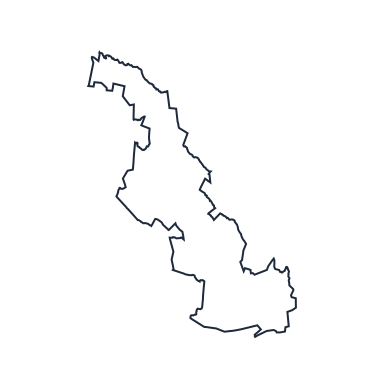 the district of Kesses, Rift Valley, Kenya, rotated 348°
{"feature_id": "3690345B57454670869281", "entity_name": "Kesses", "entity_type": "district", "adm_level": 2, "iso_a3": "KEN", "parent_name": "Kenya", "parent_adm1": "Rift Valley", "projection": "natural_earth1", "projection_center": [35.384, 0.259], "detail": "fine", "context": "isolated", "style": "outline", "palette": "slate", "viewbox_px": 384, "rotation_deg": 348, "n_neighbors": 0, "source": "geoboundaries", "source_scale": "gbopen_adm2", "svg_char_len": 6040}
<svg xmlns="http://www.w3.org/2000/svg" viewBox="0 0 384 384"><g transform="rotate(348 192 192)"><path d="M130.5,36.2L130.2,36.7L130.5,37.5L127.7,44.4L124.0,40.0L122.3,39.1L121.8,40.0L122.4,45.1L113.5,65.5L112.6,66.8L117.7,68.4L119.4,64.3L125.9,66.4L127.2,68.0L130.2,72.5L129.7,74.8L135.0,76.4L136.2,73.7L137.7,69.6L148.0,74.5L144.2,83.9L149.1,94.2L153.3,94.3L149.9,108.9L150.1,109.3L151.4,109.1L152.5,109.5L153.9,110.5L154.4,110.1L155.1,110.3L155.4,110.7L156.1,110.7L156.7,110.5L157.5,109.5L158.0,109.2L161.0,108.2L161.4,108.4L158.4,113.2L156.3,116.2L159.5,118.4L163.7,121.1L162.1,126.6L161.1,130.4L160.7,136.0L160.3,136.2L159.7,136.7L158.7,138.3L157.8,138.3L157.2,138.0L156.4,139.2L155.6,140.1L155.0,140.3L153.9,140.9L153.4,140.6L152.9,140.8L152.4,140.6L151.6,139.8L151.3,139.1L150.0,137.9L149.8,137.1L148.5,136.2L148.3,135.7L148.4,134.1L148.8,133.4L148.9,132.7L148.5,132.3L148.0,132.3L147.5,132.7L146.9,132.2L146.6,131.8L143.0,143.4L140.8,151.3L138.8,157.8L133.4,157.8L130.3,161.1L127.2,164.5L128.0,170.8L128.1,173.5L126.0,174.3L124.6,174.5L123.6,174.2L123.0,173.9L122.6,173.1L122.0,172.9L120.2,175.3L119.9,176.0L119.6,177.1L119.1,177.6L118.8,178.4L117.2,180.5L117.7,181.7L124.5,193.1L125.0,194.3L126.0,195.7L127.7,198.6L133.1,208.1L133.5,208.1L135.5,209.7L136.1,210.9L136.6,211.1L138.0,212.5L138.7,212.6L139.6,212.6L142.1,213.8L143.0,214.6L143.2,215.1L144.3,215.9L145.1,216.8L146.5,215.3L149.8,211.4L150.5,210.7L151.9,211.3L152.7,211.8L155.8,215.1L156.1,215.7L157.0,218.4L157.9,219.4L158.9,221.0L160.5,223.1L160.9,224.1L161.3,224.4L169.3,219.2L169.6,221.4L169.9,222.1L172.1,226.3L174.3,228.8L174.3,232.8L174.0,236.7L172.0,234.2L170.9,234.6L167.8,234.2L167.1,234.1L165.5,232.7L164.1,232.2L163.6,232.7L160.7,232.0L160.7,234.6L161.4,246.5L158.0,253.9L158.0,260.4L157.9,263.7L157.1,264.3L167.2,270.2L169.1,271.6L170.1,271.7L171.5,272.6L173.7,273.1L174.2,273.3L175.3,273.2L176.2,273.5L177.1,274.3L177.2,276.1L178.1,277.8L178.1,278.4L179.5,280.1L180.9,281.2L181.2,280.4L182.0,280.0L182.7,280.2L183.1,280.5L183.5,280.6L184.1,280.4L185.5,281.9L182.8,290.6L181.5,294.9L180.3,299.4L178.0,306.7L177.2,308.0L176.3,308.1L175.8,308.4L173.3,307.3L172.1,308.2L171.9,308.8L171.9,309.3L171.1,310.4L170.9,312.1L170.6,312.6L169.9,312.8L169.0,312.5L167.8,313.0L166.0,312.5L165.5,312.5L164.9,313.0L164.2,314.9L165.3,316.2L175.9,326.5L177.4,326.9L187.3,330.5L194.7,335.4L203.8,336.3L206.2,336.4L211.5,336.5L228.2,336.0L230.8,340.7L227.9,342.4L223.7,344.6L223.7,345.4L223.4,346.1L223.6,346.8L226.7,345.8L236.0,343.5L242.9,343.9L244.1,344.6L245.2,345.5L245.7,347.0L249.4,347.7L253.9,347.8L255.3,343.7L258.7,343.5L260.4,329.1L265.6,328.4L269.6,326.7L271.4,317.5L267.6,315.6L267.4,314.3L267.4,313.6L270.7,309.2L270.9,308.6L270.7,307.8L267.9,303.8L267.9,302.5L268.2,301.6L268.2,299.0L268.3,298.4L269.2,297.1L269.4,296.5L268.9,295.4L268.7,294.4L269.2,293.0L269.3,291.9L270.3,290.0L270.3,289.4L269.9,288.5L269.8,287.0L269.5,285.4L269.2,285.0L268.8,284.9L268.4,285.1L268.1,285.5L267.8,286.5L266.9,287.2L266.3,288.4L265.6,288.6L264.9,288.7L264.3,289.0L263.9,289.4L263.2,289.5L262.6,289.0L262.5,288.6L261.6,288.5L261.0,286.4L257.5,284.7L257.2,284.1L256.9,282.0L257.8,278.9L258.2,276.6L258.4,276.0L258.1,274.1L256.7,275.2L251.2,280.4L249.0,283.8L236.0,285.9L234.6,284.0L232.7,283.8L233.0,280.3L228.0,277.5L226.1,280.3L224.7,270.4L226.8,269.0L229.8,260.9L230.0,260.1L234.1,254.1L233.1,251.1L232.3,249.6L231.8,248.2L231.2,245.6L231.2,243.5L231.1,242.9L230.4,241.8L229.5,239.0L229.3,237.6L229.5,237.0L229.5,236.2L229.3,233.7L229.1,232.9L228.7,232.4L227.9,230.5L227.6,230.0L227.8,229.2L226.9,227.8L226.5,227.8L226.0,227.4L224.8,227.0L223.0,227.0L222.3,226.2L221.9,225.1L221.1,224.5L220.6,224.7L220.0,223.4L219.6,222.9L219.1,222.4L217.8,221.7L217.7,221.1L217.3,220.7L216.8,220.5L216.5,219.8L215.8,219.5L215.1,218.8L207.6,223.9L207.4,223.0L207.1,222.5L207.1,222.1L206.4,220.6L205.6,219.8L205.6,219.0L205.2,218.4L204.5,217.9L204.3,217.3L203.4,216.7L204.0,216.1L211.3,212.6L210.6,211.6L210.5,210.9L210.6,210.3L210.6,209.6L210.2,209.2L209.7,208.9L209.7,208.3L209.0,205.8L208.2,204.1L207.7,204.3L207.6,203.0L207.3,202.1L206.5,201.0L206.0,200.8L205.5,199.9L205.3,199.2L205.7,198.8L205.5,198.3L204.9,198.2L204.4,197.9L204.3,196.3L204.1,195.6L202.8,194.4L202.3,194.1L201.6,193.1L200.7,192.4L200.0,191.4L201.9,188.8L207.6,181.7L211.9,186.5L212.7,178.7L212.0,177.8L214.5,175.8L213.0,175.4L211.6,173.5L211.1,173.1L210.5,172.1L210.2,171.1L208.8,169.9L208.7,169.3L208.3,168.7L208.0,167.4L207.3,166.2L206.9,165.0L206.2,164.2L206.1,163.3L205.6,162.5L205.6,161.7L205.2,161.1L205.1,160.4L204.1,159.4L202.7,158.6L201.3,158.7L200.1,157.2L200.2,156.6L200.0,156.0L199.7,155.6L198.9,154.9L198.0,154.4L196.7,152.0L196.5,151.3L196.4,149.5L196.2,149.1L196.2,147.8L196.0,147.3L195.1,146.6L194.8,145.9L193.7,145.8L193.2,144.8L193.4,143.9L199.9,133.6L192.5,126.5L192.7,121.4L192.5,120.5L193.8,107.2L187.4,105.2L188.3,94.6L188.8,88.2L188.2,88.2L187.1,88.8L186.7,88.4L186.0,88.3L184.7,88.6L183.3,88.5L182.2,88.2L182.1,87.6L181.7,87.5L181.6,86.9L180.6,86.5L180.2,85.0L179.9,84.4L178.5,84.3L178.6,83.7L178.3,83.1L177.7,82.9L177.3,82.0L176.7,81.5L176.5,80.7L176.2,80.1L176.5,79.6L175.7,78.6L175.3,78.4L175.1,77.8L173.5,77.2L172.5,76.1L172.3,75.7L171.4,74.4L170.9,73.1L170.2,72.8L169.8,72.4L168.4,69.3L168.4,68.8L168.0,67.3L167.9,65.7L167.7,65.0L167.9,63.1L167.7,62.0L167.4,61.4L166.3,60.7L165.8,60.2L164.5,58.2L164.1,58.1L163.6,58.2L162.3,58.0L161.8,57.6L160.2,57.4L159.9,57.0L159.4,55.8L159.2,55.4L158.5,55.5L157.4,54.8L156.6,53.8L156.4,53.3L155.5,53.3L155.3,53.9L154.8,54.3L153.8,54.4L153.2,54.2L152.5,53.3L152.0,53.1L151.5,51.9L151.2,50.9L150.8,50.4L149.4,50.9L147.9,50.6L147.7,50.0L147.2,48.3L146.8,47.3L146.4,46.9L145.5,47.2L145.1,47.2L143.9,46.7L143.4,46.3L142.8,44.9L142.4,44.9L142.0,45.2L141.6,44.9L141.3,43.6L140.8,42.8L139.5,41.5L138.9,41.8L138.6,41.3L138.1,40.8L137.5,40.6L135.7,40.8L135.2,41.3L135.4,42.0L135.7,42.6L135.9,43.2L135.5,43.5L134.5,42.7L134.1,42.5L133.6,40.4L133.3,39.9L133.1,38.1L132.7,37.5L131.1,36.9L130.7,36.7L130.5,36.2Z" fill="none" stroke="#1e293b" stroke-width="2"/></g></svg>